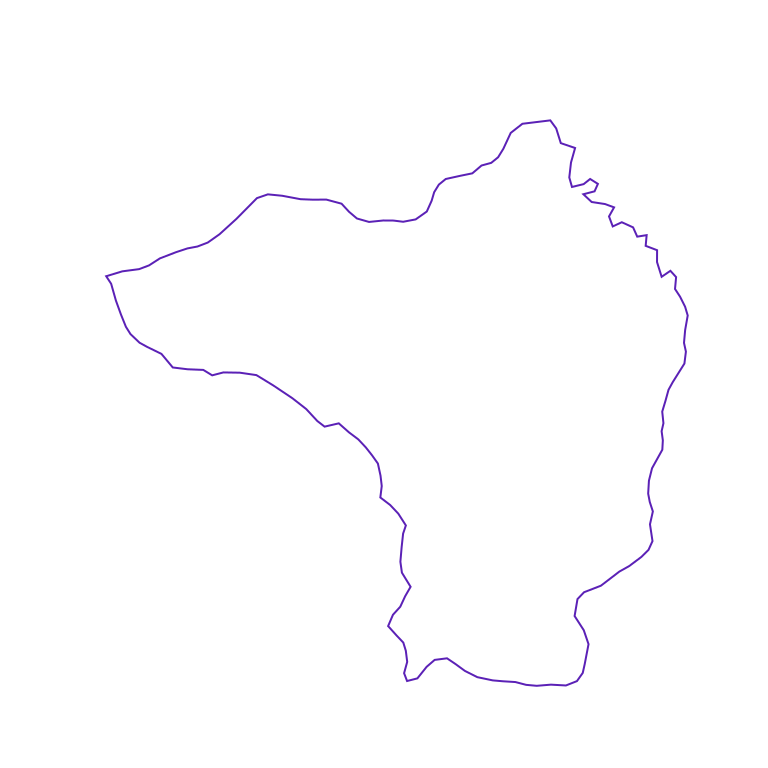 outline of Macatuba, São Paulo, Brazil, rotated 280°
{"feature_id": "56859067B58537129130586", "entity_name": "Macatuba", "entity_type": "district", "adm_level": 2, "iso_a3": "BRA", "parent_name": "Brazil", "parent_adm1": "São Paulo", "projection": "orthographic", "projection_center": [-48.72, -22.463], "detail": "fine", "context": "isolated", "style": "outline", "palette": "violet", "viewbox_px": 768, "rotation_deg": 280, "n_neighbors": 0, "source": "geoboundaries", "source_scale": "gbopen_adm2", "svg_char_len": 2130}
<svg xmlns="http://www.w3.org/2000/svg" viewBox="0 0 768 768"><g transform="rotate(280 384 384)"><path d="M581.5,602.1L584.6,590.1L578.9,581.9L588.1,576.5L597.9,579.9L599.6,570.4L599.3,556.9L605.5,547.4L610.3,557.9L618.2,559.9L621.7,551.4L615.5,545.9L610.7,534.9L619.6,530.6L634.6,529.7L649.6,531.2L651.9,516.3L665.6,509.2L672.5,502.0L664.3,475.1L653.3,465.2L636.4,460.7L627.1,457.0L620.4,451.2L616.1,442.1L606.8,434.4L602.3,423.0L596.6,409.2L589.9,403.4L581.6,400.1L572.8,399.1L561.3,396.2L551.6,386.6L547.1,374.7L546.6,365.0L544.9,354.9L541.0,341.1L542.3,328.6L547.5,319.7L554.2,310.9L555.6,295.1L553.2,282.2L551.5,269.7L551.7,251.0L550.6,236.7L545.0,226.6L521.0,210.0L502.9,196.0L492.7,185.9L487.0,176.4L483.4,166.9L477.7,156.3L468.8,141.5L460.0,132.0L454.6,122.9L449.5,106.7L441.9,91.7L435.3,97.9L419.6,105.5L406.9,112.8L395.5,119.9L389.1,125.7L382.2,136.1L379.4,144.3L375.0,159.6L363.6,173.1L364.4,188.0L366.5,203.6L362.7,213.3L367.5,223.8L370.1,240.0L370.6,256.8L363.4,275.1L354.1,296.2L345.8,311.8L336.0,324.7L331.7,332.9L337.4,346.3L330.3,357.9L325.0,368.3L318.4,377.1L311.7,384.6L304.6,391.8L293.1,396.5L283.1,399.5L271.6,400.1L265.9,411.1L258.8,420.6L248.5,430.1L240.0,428.8L226.4,429.7L211.8,431.0L201.3,434.4L188.9,445.4L178.7,441.7L167.5,438.7L158.3,432.9L146.3,430.1L138.4,440.2L132.7,447.9L125.1,451.8L114.4,455.1L102.7,454.0L95.5,458.3L99.9,468.0L112.9,475.1L121.1,481.8L124.8,493.7L120.6,503.1L115.5,513.5L111.5,526.8L111.0,542.6L111.9,552.7L113.3,565.2L112.4,576.2L113.3,586.8L116.9,600.6L118.7,615.5L124.9,625.6L134.0,629.9L142.9,630.3L163.3,630.6L176.2,623.5L188.6,612.0L205.8,611.9L213.7,617.2L223.0,632.6L231.8,640.7L240.1,648.3L247.3,657.1L258.4,667.5L266.6,673.3L275.9,675.7L292.0,670.3L305.2,670.9L314.0,666.2L321.9,663.2L334.8,661.7L347.6,662.6L367.6,669.5L376.9,668.4L385.7,665.6L393.9,666.0L405.1,662.8L416.1,664.1L427.7,665.2L435.9,668.0L456.3,676.3L468.3,675.7L476.6,672.3L489.5,671.2L504.2,671.2L512.4,667.1L521.4,660.4L528.1,654.1L540.0,653.1L545.2,646.4L537.8,638.8L551.5,631.7L563.2,629.7L565.5,617.7L576.2,616.8L573.1,607.8L581.5,602.1Z" fill="none" stroke="#5b21b6" stroke-width="2"/></g></svg>